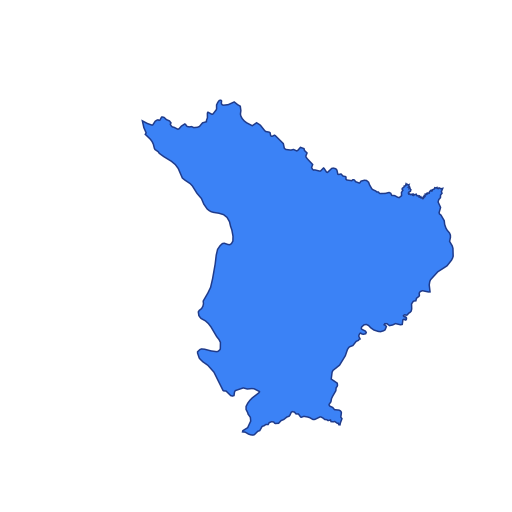 the district of Chiang Khan, Loei, Thailand, rotated 302°
{"feature_id": "78962969B15954858222696", "entity_name": "Chiang Khan", "entity_type": "district", "adm_level": 2, "iso_a3": "THA", "parent_name": "Thailand", "parent_adm1": "Loei", "projection": "orthographic", "projection_center": [101.786, 17.871], "detail": "fine", "context": "isolated", "style": "filled", "palette": "blue", "viewbox_px": 512, "rotation_deg": 302, "n_neighbors": 0, "source": "geoboundaries", "source_scale": "gbopen_adm2", "svg_char_len": 6162}
<svg xmlns="http://www.w3.org/2000/svg" viewBox="0 0 512 512"><g transform="rotate(302 256 256)"><path d="M412.3,378.5L411.1,377.3L410.8,375.1L409.9,375.1L409.4,373.9L410.1,373.2L409.0,372.4L408.7,371.4L407.4,371.7L405.6,370.5L404.7,370.9L404.1,370.4L404.5,369.6L404.2,369.4L402.3,369.1L401.1,369.6L400.5,368.3L400.2,368.4L399.9,367.9L399.5,368.3L399.3,367.7L398.7,367.9L398.3,366.9L397.8,367.5L396.8,366.7L396.2,367.5L396.0,366.8L395.2,366.5L394.6,367.5L393.7,366.8L393.3,367.3L393.0,367.2L393.0,366.0L393.5,365.7L393.5,365.2L392.9,364.8L393.4,364.3L392.8,364.2L393.0,363.7L392.5,363.2L393.5,362.6L392.9,361.9L393.1,361.4L392.4,360.7L393.3,359.0L392.7,358.8L392.1,357.9L391.3,357.7L391.9,356.4L391.3,355.8L390.6,356.4L390.6,355.0L389.8,354.3L390.1,353.6L389.4,352.7L390.1,351.9L390.6,352.2L391.1,351.8L392.1,352.1L392.6,352.7L394.3,352.2L394.3,351.6L395.6,350.1L394.9,349.9L395.7,349.6L395.3,348.8L396.3,349.1L396.9,348.0L397.5,347.9L396.8,347.4L397.0,346.3L396.5,346.0L396.8,345.0L395.7,345.3L395.4,345.7L394.7,345.5L393.9,344.6L393.1,345.0L390.8,344.2L389.9,344.7L389.6,345.7L386.9,345.7L384.3,347.5L381.4,346.5L380.9,345.1L380.7,341.6L379.3,339.0L380.6,337.0L380.4,335.2L377.6,332.5L374.7,328.1L374.6,327.5L375.1,325.8L374.3,324.4L374.6,323.1L374.2,320.2L374.3,318.7L376.5,314.6L378.2,312.4L378.6,309.7L377.7,307.8L375.6,305.8L374.9,305.3L373.2,305.3L372.6,305.0L371.8,301.1L372.5,299.4L372.5,298.5L372.0,297.7L370.6,297.3L368.6,292.8L368.8,291.6L370.6,290.5L370.8,289.9L369.9,287.5L370.6,284.6L369.0,283.0L368.7,282.1L371.7,279.1L372.2,277.7L372.1,276.8L371.5,275.0L370.4,273.8L364.7,272.3L364.5,271.4L366.4,267.3L366.4,266.6L362.3,265.7L361.7,264.9L360.2,260.3L359.3,259.2L359.6,257.7L360.6,256.2L363.6,255.6L365.7,247.7L366.5,245.9L367.2,245.3L370.4,244.7L371.2,241.2L372.5,239.8L371.7,236.1L367.8,235.5L366.7,234.9L366.2,231.3L364.3,229.5L362.1,224.7L362.4,222.9L365.8,219.6L368.3,208.6L368.2,207.6L366.1,206.3L365.7,205.4L366.0,204.5L368.0,202.6L368.0,201.5L366.7,198.2L367.0,196.7L369.2,190.5L369.3,189.2L369.3,185.9L364.5,183.8L364.0,177.4L364.3,174.5L365.2,171.5L366.7,168.9L368.1,167.6L371.3,166.1L374.7,163.3L374.6,160.3L375.1,155.9L369.7,152.3L366.7,148.6L366.3,147.3L366.7,146.2L367.4,145.5L369.2,144.7L369.5,144.0L369.2,143.1L368.3,142.4L366.1,142.2L363.2,142.5L359.9,144.6L358.9,144.8L354.8,144.4L353.3,144.1L352.8,143.5L352.5,139.1L352.2,138.9L351.0,139.3L347.4,141.6L344.8,142.1L343.6,142.8L340.6,140.1L335.9,139.4L334.1,138.1L331.9,135.2L331.6,132.8L330.1,131.0L329.4,129.1L329.5,128.1L330.3,126.5L330.2,125.6L326.6,123.9L323.1,123.3L322.1,122.6L321.7,118.3L321.1,116.6L321.5,114.9L322.4,113.4L323.8,113.4L324.7,111.0L324.2,107.7L324.8,104.7L324.4,103.2L323.8,102.3L320.3,102.5L319.6,101.8L319.6,100.8L318.9,100.1L316.9,99.1L312.6,99.0L311.9,98.5L310.8,93.7L310.4,88.0L305.4,92.9L302.2,97.6L300.5,97.6L299.1,104.3L298.0,107.2L296.4,109.7L293.5,112.7L292.8,113.9L292.6,117.8L291.8,119.6L291.4,125.1L291.5,133.9L290.8,139.1L289.0,143.7L283.1,152.2L282.7,155.3L282.5,161.9L281.7,164.9L277.9,172.7L275.8,179.3L272.3,184.3L270.0,189.7L269.7,192.3L269.8,194.5L270.5,196.9L272.6,201.8L273.9,206.6L273.4,211.0L271.0,215.4L267.8,218.6L265.2,221.8L260.6,226.0L256.4,228.5L253.5,228.6L251.7,227.8L250.9,226.2L250.0,222.3L248.7,220.9L245.8,220.1L241.3,219.9L235.7,221.8L227.4,225.7L213.8,231.2L205.4,234.1L199.2,234.8L189.8,235.1L187.6,236.8L185.2,237.6L182.6,237.7L179.8,236.7L178.0,236.7L175.2,239.1L174.5,240.7L173.9,242.5L174.2,247.4L173.5,251.4L172.0,255.4L166.8,265.4L165.6,268.8L163.9,271.6L158.6,274.8L157.7,275.1L156.4,274.8L154.9,274.3L154.0,273.3L151.7,268.2L149.7,261.8L148.3,259.0L146.9,258.0L143.8,257.2L142.7,257.9L139.4,261.9L138.8,263.7L138.1,267.2L137.8,273.1L135.2,281.9L124.5,299.3L124.5,300.0L125.6,302.2L124.2,308.6L124.8,310.3L126.0,311.3L129.4,309.8L130.9,309.8L137.4,315.1L138.6,319.1L141.3,322.6L142.4,324.7L142.9,330.7L142.7,331.0L141.4,330.9L133.6,328.0L130.4,327.3L126.9,327.0L123.2,327.3L120.6,328.9L118.6,332.2L117.8,332.9L116.2,336.7L113.2,339.0L106.0,339.9L100.9,337.4L99.7,337.8L100.9,340.2L101.0,344.1L101.6,346.4L102.5,348.3L103.6,349.3L108.3,350.4L109.9,351.7L114.7,351.5L116.5,352.9L118.3,353.6L119.5,355.6L121.7,355.5L123.8,357.1L124.6,359.0L124.1,360.3L124.2,361.2L126.1,363.8L129.7,364.5L132.1,366.2L135.8,367.5L137.7,369.0L139.0,369.1L142.1,368.7L143.3,369.3L144.0,371.3L143.3,373.6L144.5,375.7L143.1,379.2L143.2,379.8L145.4,381.6L146.8,385.0L147.4,387.3L147.5,390.7L147.9,391.6L148.6,392.5L153.5,395.6L153.9,396.3L154.1,398.3L153.8,401.0L154.7,402.8L154.6,404.3L156.4,406.1L155.3,407.4L156.4,409.5L157.4,410.5L157.2,413.6L157.8,414.5L156.8,415.6L157.3,416.7L159.2,416.0L163.6,415.1L164.3,413.3L168.3,411.5L168.9,410.9L169.4,409.7L169.3,408.1L167.3,404.0L168.2,401.3L167.8,398.1L168.3,397.0L168.9,396.6L172.0,396.8L175.1,395.6L177.7,395.3L184.0,395.1L186.7,393.8L188.5,393.9L189.6,393.6L191.2,392.3L191.5,385.0L197.8,382.1L199.8,381.9L207.7,384.7L218.7,384.6L225.2,383.1L227.2,383.1L228.5,383.4L231.4,385.6L236.7,386.2L238.8,387.6L240.1,387.6L240.8,388.2L242.4,385.7L243.1,385.3L245.3,385.1L246.1,385.6L246.0,387.1L246.5,388.5L248.2,390.2L249.6,390.0L250.3,388.6L249.9,384.2L250.5,383.6L251.9,383.2L254.9,384.1L256.4,385.8L256.7,388.3L255.9,391.4L255.7,395.2L256.8,399.6L257.8,401.7L260.2,403.8L261.8,404.6L265.2,404.0L265.7,402.8L265.6,401.1L266.9,401.1L268.0,402.9L267.7,406.1L269.9,408.4L272.6,410.1L274.3,415.1L275.5,416.3L279.7,414.4L280.8,415.0L280.8,416.6L281.7,417.2L282.8,416.2L283.1,416.5L283.5,416.0L283.6,415.1L283.0,413.9L283.3,412.8L283.7,412.6L285.1,413.4L285.3,414.6L286.2,415.5L288.4,415.8L289.8,416.5L291.5,416.8L293.6,416.1L297.8,413.3L300.8,413.4L301.7,414.0L302.7,415.3L305.2,414.5L308.2,415.6L309.3,415.4L310.7,414.2L311.7,414.0L313.0,414.2L314.8,415.6L316.9,421.3L317.8,422.6L323.3,418.2L326.4,416.9L328.4,416.6L338.9,418.5L348.9,423.2L356.0,424.0L358.4,423.8L360.3,423.3L366.8,419.0L368.6,417.0L371.0,412.4L374.9,411.0L376.7,409.8L378.0,408.0L379.2,404.4L380.3,402.3L382.7,399.3L385.7,396.9L388.7,391.2L388.9,389.3L389.8,388.3L395.0,386.8L398.3,381.8L400.7,381.1L403.2,381.5L405.5,380.2L407.8,380.5L408.8,379.1L412.3,378.5Z" fill="#3b82f6" stroke="#1e3a8a" stroke-width="1.5"/></g></svg>